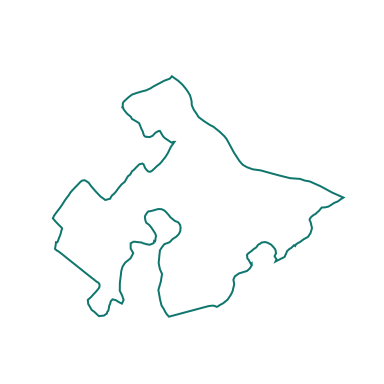 Al-Rahmaniyya, Al Buhayrah, Egypt (Albers equal-area conic projection), rotated 347°
{"feature_id": "37247803B62002284809719", "entity_name": "Al-Rahmaniyya", "entity_type": "district", "adm_level": 2, "iso_a3": "EGY", "parent_name": "Egypt", "parent_adm1": "Al Buhayrah", "projection": "albers", "projection_center": [30.587, 31.107], "detail": "fine", "context": "isolated", "style": "outline", "palette": "teal", "viewbox_px": 384, "rotation_deg": 347, "n_neighbors": 0, "source": "geoboundaries", "source_scale": "gbopen_adm2", "svg_char_len": 6014}
<svg xmlns="http://www.w3.org/2000/svg" viewBox="0 0 384 384"><g transform="rotate(347 192 192)"><path d="M50.5,186.4L52.3,189.8L53.0,191.1L54.6,193.7L56.7,197.1L57.3,198.2L55.6,201.1L54.6,203.2L53.1,205.5L52.6,206.1L50.7,209.0L49.5,210.7L48.2,210.3L47.4,212.6L45.7,216.6L47.1,218.6L48.0,219.3L49.0,220.4L49.5,221.0L50.2,221.9L51.3,223.2L52.9,225.2L55.7,228.8L59.1,233.1L60.8,235.2L64.6,240.0L70.3,247.2L72.3,249.7L75.7,253.9L79.0,258.1L79.4,258.4L80.4,259.3L81.1,261.2L81.0,261.9L80.7,262.9L80.1,264.4L79.7,264.6L78.4,265.7L76.8,266.9L74.9,268.3L73.9,268.9L73.2,269.4L71.9,270.3L70.1,271.6L66.2,273.7L65.7,277.8L66.8,281.2L67.7,284.3L69.8,286.7L73.4,292.0L78.3,292.6L81.8,291.2L82.3,290.0L82.8,289.5L83.4,289.1L83.7,288.6L84.1,288.2L85.1,286.0L85.6,284.4L86.8,282.9L87.2,282.3L87.5,281.6L88.2,280.3L90.4,278.7L93.5,280.3L95.8,282.7L98.6,285.0L99.5,283.9L100.0,283.2L101.1,281.7L100.6,277.1L99.4,271.8L99.9,270.1L101.0,265.3L102.0,262.3L103.6,258.0L105.4,252.9L107.6,249.0L111.0,245.8L117.2,242.8L121.0,238.4L119.5,233.3L120.7,228.2L122.5,227.7L123.6,227.3L125.1,227.6L127.1,228.4L131.6,229.9L132.0,230.3L133.0,231.1L134.6,231.8L135.6,232.5L138.4,233.7L139.8,233.8L141.4,233.5L143.1,233.2L144.1,231.1L145.0,231.7L145.5,230.6L146.1,228.8L147.1,226.8L146.9,225.0L146.9,224.3L146.0,221.8L144.3,217.3L143.0,214.6L141.7,213.0L140.5,211.7L140.3,210.1L140.2,208.7L140.3,207.5L140.4,206.0L140.6,205.5L141.2,204.4L143.8,201.9L145.1,201.1L147.2,201.3L148.6,201.3L149.1,201.3L150.9,201.2L152.5,201.1L153.1,201.1L155.3,201.0L155.9,201.2L157.9,201.7L158.8,202.1L159.5,202.7L160.8,203.7L162.2,205.7L163.9,208.8L164.3,209.5L164.7,210.5L165.1,211.5L168.1,215.4L168.9,216.4L170.5,217.5L171.5,218.2L171.9,218.8L172.4,219.8L173.0,221.7L172.8,224.7L172.4,225.2L171.9,227.2L170.9,228.6L170.4,229.2L169.5,230.2L169.0,230.5L167.0,231.8L166.6,232.0L163.9,233.0L162.0,233.7L160.6,234.8L158.8,235.9L157.6,236.1L153.3,236.6L152.1,237.6L150.1,239.2L147.6,241.7L146.9,243.8L146.0,246.3L144.7,250.3L144.2,251.7L143.6,253.4L143.5,255.3L143.4,257.8L143.4,259.9L143.7,261.7L144.1,263.8L144.4,265.1L143.4,267.5L141.5,272.2L137.2,279.9L136.9,285.6L136.7,289.6L136.8,295.8L138.1,299.3L138.9,302.6L139.9,305.4L141.5,308.3L182.3,306.9L183.1,307.0L183.8,307.0L184.6,307.1L186.6,307.4L187.5,307.7L188.5,308.1L190.0,309.4L191.5,309.3L193.4,308.5L195.5,307.9L197.1,307.5L202.5,304.9L207.2,300.4L209.4,297.5L212.4,291.3L212.6,286.8L214.8,283.8L219.5,281.9L227.9,281.3L229.5,280.4L231.1,279.5L233.1,277.5L233.8,276.9L234.1,274.9L233.2,275.4L232.9,274.4L232.8,273.9L232.3,272.4L232.2,271.4L231.1,269.3L231.0,268.8L231.4,266.7L231.4,265.9L231.6,265.4L232.7,264.7L233.7,264.2L234.4,263.9L235.5,263.4L236.7,262.9L237.8,262.2L239.1,261.6L240.2,261.2L241.1,260.8L242.2,260.4L243.2,259.4L244.2,258.7L244.7,258.2L245.5,258.0L246.4,257.9L247.1,257.4L248.8,256.9L250.9,257.1L252.5,257.4L254.3,258.5L255.1,259.2L256.8,260.7L257.3,261.1L259.1,264.3L260.1,266.5L260.3,268.3L260.2,269.2L260.1,270.2L260.1,270.7L259.4,271.4L258.7,272.3L258.2,272.8L258.0,273.3L258.4,274.4L259.0,276.1L259.2,276.7L257.8,278.5L261.4,277.6L267.6,276.1L270.6,272.1L271.1,271.3L271.5,270.8L273.2,270.0L273.9,269.5L274.6,269.3L275.4,269.0L276.1,268.8L277.4,268.1L278.0,267.7L279.4,266.8L280.4,267.8L281.1,266.7L282.6,266.0L283.5,265.7L284.3,265.4L285.3,265.2L286.2,265.0L286.9,264.6L287.6,264.3L288.3,264.0L290.1,263.2L293.6,262.2L295.0,261.8L296.5,260.3L298.3,258.6L299.3,256.8L300.2,255.3L300.8,254.0L300.8,251.7L300.8,248.3L300.3,245.7L300.7,244.6L302.9,242.9L305.7,241.6L307.2,241.3L309.1,240.2L311.5,238.9L314.9,236.3L318.1,236.9L319.9,236.9L321.7,236.9L324.0,236.1L325.0,235.8L326.4,235.2L327.2,234.9L327.9,234.7L329.3,234.4L331.9,234.0L333.8,233.2L335.2,232.5L337.8,231.7L338.3,231.5L328.6,224.2L318.4,215.2L309.1,208.2L304.2,206.1L300.4,203.6L290.7,200.6L280.7,195.5L273.0,191.4L263.8,186.4L256.4,183.6L251.1,180.2L247.5,176.8L245.2,172.5L241.8,163.2L237.6,148.1L236.2,145.1L232.5,139.5L227.6,133.3L224.5,130.7L219.5,125.5L215.2,120.4L214.1,116.9L212.3,112.5L211.8,110.0L211.5,108.6L211.4,106.7L212.0,103.8L212.0,100.8L211.8,97.3L210.7,93.8L209.2,90.0L206.8,85.2L203.8,80.8L198.4,74.7L198.0,75.1L197.0,75.8L195.8,76.6L190.1,77.3L187.5,78.0L182.6,79.3L181.5,79.5L180.4,79.9L177.2,80.8L174.9,81.7L173.6,81.9L170.6,82.6L168.7,82.7L166.7,82.7L165.9,82.7L163.2,82.9L162.5,83.0L161.8,82.9L160.0,83.1L157.4,83.4L155.8,83.5L153.0,84.7L151.9,85.2L149.7,86.4L146.0,88.5L144.7,89.7L144.5,90.4L143.8,92.7L143.5,93.3L143.2,93.9L143.9,94.2L143.9,95.0L144.0,96.2L146.4,101.2L148.6,104.0L149.5,105.3L149.8,107.1L153.2,110.3L155.9,112.9L156.2,114.6L157.0,119.6L157.2,120.4L157.6,121.9L157.7,123.5L157.9,126.0L158.9,127.6L163.2,129.0L165.6,128.5L166.4,128.3L167.4,127.6L168.1,127.1L169.4,126.3L169.8,126.0L172.9,125.1L174.4,125.2L176.3,131.1L176.5,131.5L177.6,133.3L179.5,135.3L180.1,136.0L180.8,136.7L183.1,139.2L184.2,139.1L185.2,139.0L186.2,139.2L183.8,141.3L181.4,143.4L181.1,143.9L180.1,145.1L178.9,146.6L177.1,148.8L176.1,149.8L175.2,150.7L174.3,151.6L173.0,152.7L172.5,153.1L171.4,153.9L169.1,155.8L168.2,156.4L166.8,157.4L165.3,158.1L164.8,158.4L163.6,158.9L162.2,159.8L161.5,160.2L160.6,160.8L159.4,161.4L157.8,162.3L157.0,162.6L156.0,162.9L154.8,162.5L154.0,162.2L153.3,161.2L152.8,160.4L152.5,159.8L152.0,158.6L151.7,158.1L151.4,156.2L151.0,154.1L150.0,153.1L146.9,153.2L145.4,154.1L142.8,155.7L140.6,157.2L138.1,158.4L137.1,159.6L136.1,160.7L135.5,161.2L134.6,161.6L133.2,162.2L131.8,163.6L128.8,166.9L126.4,168.1L125.0,168.8L120.6,172.2L118.4,174.2L115.8,176.1L114.7,176.7L113.5,177.2L112.2,178.4L110.7,180.1L108.2,180.2L105.7,180.3L104.3,178.6L102.8,176.9L102.0,176.0L101.2,174.8L100.3,173.2L99.0,171.0L98.0,169.3L96.8,167.0L95.7,164.9L95.1,163.7L94.4,162.2L93.5,159.9L92.7,159.0L92.1,158.3L90.0,156.3L88.7,156.3L87.2,156.2L85.0,157.4L82.8,158.9L80.6,160.3L75.4,163.7L73.3,165.3L71.0,167.6L69.7,168.6L67.1,170.8L64.8,173.0L62.7,175.1L60.4,177.2L58.4,178.9L56.9,180.1L56.2,180.7L54.5,182.1L53.3,183.2L52.1,184.2L51.0,185.8L50.5,186.4Z" fill="none" stroke="#0f766e" stroke-width="2"/></g></svg>